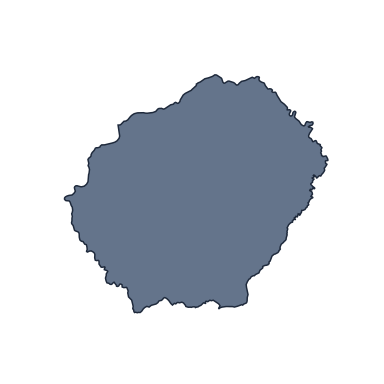 outline of Taminango, Nariño, Colombia, rotated 30°
{"feature_id": "7082276B60716782034360", "entity_name": "Taminango", "entity_type": "district", "adm_level": 2, "iso_a3": "COL", "parent_name": "Colombia", "parent_adm1": "Nariño", "projection": "albers", "projection_center": [-77.317, 1.591], "detail": "fine", "context": "isolated", "style": "filled", "palette": "slate", "viewbox_px": 384, "rotation_deg": 30, "n_neighbors": 0, "source": "geoboundaries", "source_scale": "gbopen_adm2", "svg_char_len": 5987}
<svg xmlns="http://www.w3.org/2000/svg" viewBox="0 0 384 384"><g transform="rotate(30 192 192)"><path d="M190.5,59.6L189.9,60.5L189.3,62.3L186.8,62.5L182.4,68.8L179.6,71.4L178.6,74.1L178.3,76.0L177.4,77.0L176.2,77.0L174.8,76.5L173.3,76.4L168.7,77.4L167.7,78.0L165.8,81.5L165.3,81.8L163.9,81.5L161.1,79.0L160.5,78.7L154.8,78.4L153.2,79.1L151.9,81.7L149.2,84.9L146.5,87.5L144.2,92.5L142.6,94.6L142.3,95.6L141.8,96.3L142.4,97.3L142.4,98.0L140.7,103.3L140.6,104.2L136.9,109.9L135.9,112.4L135.8,118.0L136.3,119.8L135.9,121.8L135.1,122.5L133.3,122.5L132.8,122.7L132.2,123.8L132.0,125.2L129.9,127.2L126.8,133.5L125.8,134.5L123.8,134.8L121.6,136.2L120.9,137.3L120.3,140.4L118.4,142.7L113.8,146.2L112.2,147.0L110.3,147.6L105.1,150.8L102.8,153.1L101.6,155.4L101.0,157.2L100.3,161.7L99.2,163.7L97.7,164.8L96.6,169.2L95.9,170.1L94.5,171.0L101.4,179.7L102.0,181.9L101.5,185.2L100.3,187.4L98.6,189.3L92.7,194.9L90.2,196.4L89.6,198.0L89.8,198.9L89.3,199.7L88.2,200.8L87.0,201.5L86.4,202.4L86.5,204.8L85.8,207.8L85.9,209.9L86.5,211.2L86.5,212.2L85.6,214.6L85.7,216.0L88.3,218.8L88.9,221.2L90.5,222.2L92.0,223.8L93.5,227.3L93.7,228.5L96.8,235.1L96.8,238.0L95.8,240.8L94.0,242.5L93.3,243.0L89.2,244.1L88.2,244.9L87.8,246.1L87.9,246.9L88.7,247.9L90.6,249.7L90.4,252.3L89.5,254.7L87.1,256.5L85.6,258.2L84.8,259.6L84.6,260.8L85.1,261.9L86.5,262.5L87.2,262.5L89.7,261.3L90.4,261.2L91.6,261.8L94.2,264.1L95.9,265.0L97.8,267.5L98.5,269.5L98.7,271.0L100.6,273.0L101.1,274.6L102.5,277.1L103.0,278.8L103.7,279.6L105.9,280.5L109.3,283.8L110.3,284.0L113.3,283.5L114.7,284.1L115.2,284.6L116.9,287.4L118.4,289.1L119.4,289.8L121.0,289.9L122.5,289.4L125.1,290.8L126.8,290.4L128.4,292.0L130.0,294.2L130.2,295.7L130.5,296.3L131.6,296.2L132.6,294.6L134.2,293.4L136.8,293.4L138.1,293.8L139.2,294.8L140.6,297.6L142.3,299.4L143.5,299.2L145.0,298.1L145.6,298.1L146.4,298.9L147.5,300.9L150.8,302.5L151.7,302.2L153.8,300.5L154.5,301.0L154.6,302.6L154.9,303.1L157.5,302.6L158.5,302.7L158.8,303.0L158.7,305.8L159.5,307.2L160.1,309.8L161.9,311.8L163.7,313.2L165.9,312.6L167.1,312.9L168.2,312.5L168.7,311.8L169.2,309.8L169.6,309.1L173.2,310.6L173.7,311.3L174.0,311.3L174.9,310.9L175.5,310.0L175.5,308.0L176.3,307.3L177.9,307.4L179.0,309.2L180.8,308.9L182.9,307.4L183.5,307.5L186.2,309.6L186.8,311.5L189.5,314.6L193.8,315.8L198.2,320.4L199.0,322.6L199.3,322.9L200.0,322.9L201.6,324.7L202.5,325.1L203.1,324.4L205.0,323.9L205.6,323.2L207.3,322.3L208.0,320.6L208.3,317.4L208.9,315.5L210.1,313.6L212.4,313.1L213.4,310.5L216.9,306.9L217.8,304.8L217.8,303.2L218.2,302.5L219.7,301.2L220.2,299.9L220.4,298.3L221.0,297.2L221.9,296.9L224.0,297.0L226.2,297.6L229.6,299.2L231.6,299.7L232.4,297.3L233.9,297.0L234.4,295.2L235.2,294.6L236.5,294.3L238.3,292.5L240.1,292.3L243.1,293.5L243.9,294.2L246.3,293.7L248.4,292.4L249.1,292.2L250.2,291.0L251.5,290.2L252.1,290.0L252.7,290.4L253.7,289.2L254.6,288.6L255.2,287.3L256.4,285.7L257.3,282.5L257.7,282.0L259.0,281.9L259.4,281.7L259.3,281.3L258.7,280.6L258.6,279.9L259.2,279.4L260.5,279.1L261.6,276.8L263.1,276.5L264.5,275.1L270.9,275.5L273.0,276.4L273.2,277.2L273.2,279.1L273.3,279.4L273.7,279.5L274.3,278.1L275.4,276.8L278.7,274.2L284.3,271.0L286.3,270.4L288.5,268.2L291.4,264.7L292.5,264.6L292.8,263.3L294.5,261.0L294.6,260.3L294.2,258.8L292.6,255.7L291.8,252.8L287.1,247.6L285.2,245.1L284.8,241.9L284.9,239.1L285.6,238.0L285.6,236.2L286.0,235.2L286.9,233.9L287.8,233.4L288.4,231.5L290.4,228.6L290.0,225.8L291.2,222.6L291.0,221.8L290.6,221.5L290.6,220.8L291.9,219.1L293.0,218.3L294.2,217.0L294.1,216.4L294.6,215.6L293.7,214.0L294.2,212.8L293.3,207.5L294.2,204.9L295.0,204.2L296.6,201.7L296.9,200.2L296.6,199.2L297.0,198.0L297.0,197.2L296.3,196.8L295.7,195.0L295.4,192.6L296.4,190.0L296.6,188.5L297.1,187.4L297.2,186.1L296.5,184.5L295.8,181.5L295.0,180.9L294.9,179.8L294.0,178.7L293.4,176.1L292.3,175.5L292.1,172.0L292.8,169.3L294.1,167.9L294.1,167.6L293.4,167.0L293.7,166.3L293.7,165.0L295.2,164.1L295.1,163.9L293.8,163.5L293.5,163.0L294.3,162.1L294.1,161.2L295.6,160.9L295.6,160.3L295.1,159.3L295.3,158.7L294.9,157.8L295.5,157.7L296.2,158.3L296.9,158.2L297.0,157.0L296.5,156.5L297.0,155.7L297.0,155.0L296.2,153.1L297.2,152.5L298.6,150.7L298.7,148.6L299.2,147.5L298.8,146.1L299.4,145.1L299.3,144.5L297.9,143.3L298.3,142.1L298.0,141.1L298.0,139.8L298.4,138.3L299.4,136.6L299.3,136.3L298.8,136.2L297.2,136.3L297.2,135.9L297.6,135.8L297.2,134.9L297.4,133.6L296.1,132.2L295.4,131.9L293.3,131.9L293.1,131.7L293.2,130.5L294.3,130.4L294.7,130.2L294.6,128.4L294.9,128.2L296.1,128.2L296.4,127.8L296.4,127.4L296.0,127.1L293.7,126.8L291.1,126.0L290.7,125.3L291.5,123.5L291.4,122.9L290.8,122.3L291.2,119.9L289.5,120.0L289.1,119.8L290.2,117.8L289.9,117.4L288.8,117.0L289.0,116.4L289.8,116.3L291.5,116.7L292.7,117.5L293.1,117.5L294.0,114.5L294.4,114.0L295.5,113.8L295.6,111.6L296.0,110.0L296.1,108.1L296.0,106.8L294.6,105.2L294.9,104.1L295.1,100.7L294.8,100.4L293.5,100.5L292.1,98.6L292.3,97.9L293.8,96.9L293.8,96.4L292.7,95.3L290.3,93.8L289.7,94.0L287.8,95.8L287.3,95.5L286.1,95.7L285.1,94.4L283.9,93.8L283.7,91.8L282.5,91.0L282.4,88.7L281.8,88.4L280.4,88.1L280.0,87.6L279.2,87.3L279.2,86.8L276.3,87.3L274.1,85.7L273.5,85.6L273.0,86.0L271.8,87.8L271.3,88.0L270.1,87.1L268.4,86.2L266.5,86.3L265.5,85.9L264.8,84.8L264.5,82.4L264.8,77.0L264.6,76.8L263.4,76.7L262.2,76.8L260.7,77.5L260.2,77.3L260.7,76.0L262.6,73.9L262.7,73.5L262.5,72.0L261.7,71.1L260.7,71.3L259.3,72.8L257.0,73.3L256.2,73.8L256.0,75.6L256.4,77.9L256.1,78.5L255.4,79.0L253.0,79.0L249.2,77.1L245.5,76.6L243.6,76.0L243.1,75.4L242.2,71.3L241.7,70.8L241.2,70.6L240.3,70.9L239.8,72.2L239.8,73.1L240.5,75.0L240.3,76.1L239.5,76.9L238.6,76.9L237.7,76.5L237.2,75.7L237.0,72.5L236.6,72.0L235.5,71.9L233.7,73.1L233.3,73.2L232.7,71.6L232.1,71.0L228.1,69.8L223.9,69.3L217.4,65.8L215.1,64.1L214.3,63.9L212.3,65.2L211.3,65.2L210.9,64.9L210.7,63.6L209.2,63.2L207.7,63.7L206.6,64.7L206.1,64.8L202.3,63.2L200.3,61.7L199.6,61.6L197.2,62.1L194.7,61.9L193.5,60.8L193.1,59.2L192.7,58.9L191.7,59.0L190.5,59.6Z" fill="#64748b" stroke="#1e293b" stroke-width="1.5"/></g></svg>